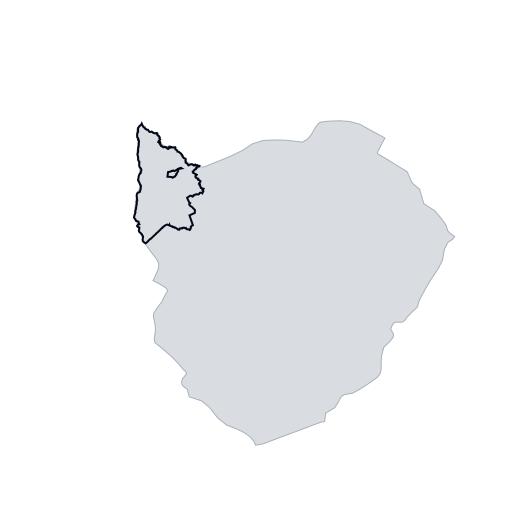 Hwange, Matabeleland North, Zimbabwe (highlighted), rotated 29°
{"feature_id": "62879985B77670672881921", "entity_name": "Hwange", "entity_type": "district", "adm_level": 2, "iso_a3": "ZWE", "parent_name": "Zimbabwe", "parent_adm1": "Matabeleland North", "projection": "robinson", "projection_center": [26.512, -18.839], "detail": "fine", "context": "in_parent", "style": "outline", "palette": "ink", "viewbox_px": 512, "rotation_deg": 29, "n_neighbors": 0, "source": "geoboundaries", "source_scale": "gbopen_adm2", "svg_char_len": 8036}
<svg xmlns="http://www.w3.org/2000/svg" viewBox="0 0 512 512"><g transform="rotate(29 256 256)"><path d="M347.4,421.7L343.6,418.9L338.4,417.0L331.7,416.2L323.1,416.6L312.4,418.1L301.0,416.2L288.8,411.0L278.7,409.1L266.6,411.4L266.1,411.5L264.0,409.7L260.7,405.9L255.2,405.2L253.7,404.3L252.4,402.9L251.6,401.0L251.3,399.0L252.3,392.7L251.8,392.0L250.3,391.2L247.3,390.5L240.0,387.6L230.9,384.9L216.0,381.8L210.2,381.0L208.9,380.1L207.2,377.8L204.4,370.5L201.7,365.8L195.4,358.4L194.3,356.1L194.7,350.2L195.2,345.5L195.9,341.5L195.5,337.7L195.5,333.1L195.7,329.9L194.8,328.6L192.5,327.6L185.9,327.2L177.9,327.4L177.6,322.6L176.9,315.3L175.4,311.1L173.5,308.9L169.9,306.6L162.4,303.4L152.3,298.7L143.6,291.6L133.7,282.8L130.6,281.3L126.9,273.0L121.3,258.9L121.7,254.2L120.8,251.9L115.4,244.9L114.2,241.3L113.2,237.7L104.6,227.5L101.6,223.1L99.4,217.4L97.1,212.8L95.2,211.0L92.8,207.9L91.0,204.4L90.3,201.7L90.9,198.2L91.7,195.8L100.0,198.3L104.5,198.5L108.0,197.3L112.3,198.9L117.5,203.5L123.2,204.4L129.3,201.5L137.6,202.4L148.0,207.0L156.6,207.9L166.9,203.8L176.1,192.6L184.8,181.9L193.3,169.7L198.4,159.8L205.9,151.8L215.8,145.6L225.9,140.3L241.4,133.9L244.5,128.6L245.5,122.8L245.6,114.8L246.4,109.6L248.0,107.2L250.6,105.4L253.9,103.0L264.1,96.9L272.6,93.0L283.0,90.4L294.4,90.4L305.3,90.4L311.6,90.3L311.6,98.1L312.0,106.8L313.2,107.6L321.5,107.8L334.7,108.4L347.4,109.0L355.5,115.3L358.2,116.6L366.7,118.3L377.4,128.9L390.4,129.8L399.2,133.1L407.1,136.7L411.6,141.1L414.5,142.0L418.5,142.4L420.4,142.8L419.9,145.9L417.2,151.1L417.5,158.7L421.1,169.2L421.5,178.3L420.2,194.4L420.1,209.9L420.4,215.5L421.0,219.2L421.7,221.2L421.6,223.5L419.4,230.0L417.6,236.9L417.5,239.7L416.8,241.6L415.5,243.3L409.8,246.5L408.8,248.4L408.8,252.0L409.5,255.0L411.6,256.1L414.2,257.8L415.2,260.0L415.1,262.4L414.3,266.7L412.0,274.0L414.2,282.3L416.6,287.6L420.1,293.9L421.5,297.7L421.4,300.5L420.9,303.2L415.5,314.6L411.7,321.6L407.0,329.2L400.8,334.0L399.3,336.3L398.6,338.9L398.8,344.5L398.4,350.5L393.1,359.6L396.3,367.5L395.6,368.2L393.8,369.3L386.2,378.2L378.6,387.2L373.0,393.7L366.6,401.1L359.5,409.5L353.5,416.6L347.4,421.7Z" fill="#d9dde1" stroke="#a8b0b8" stroke-width="1"/><path d="M162.8,204.6L161.6,205.2L161.3,205.2L160.8,205.0L160.4,205.4L160.1,205.5L158.8,205.4L158.6,205.8L158.8,206.2L158.8,206.3L158.6,206.4L157.7,206.3L157.6,206.9L157.5,207.0L156.2,206.7L155.3,206.8L154.6,207.3L154.1,208.1L153.3,208.7L153.0,209.1L153.1,209.4L153.0,209.5L152.2,209.2L151.2,208.5L149.4,208.5L148.9,208.2L149.1,207.7L148.6,207.0L147.9,206.6L147.7,205.5L147.3,205.1L146.5,205.1L145.3,205.3L144.7,205.0L144.1,204.9L143.5,204.1L143.2,204.0L142.9,204.1L142.5,203.5L142.1,203.6L141.6,203.4L141.1,202.8L140.7,202.7L139.6,202.7L138.3,202.3L137.5,202.6L136.9,202.5L136.6,202.7L135.9,201.9L135.6,201.8L133.9,201.8L133.0,200.8L133.1,200.4L132.7,200.0L131.4,200.8L130.8,201.3L130.3,201.4L129.9,201.8L129.4,201.7L129.2,202.0L128.8,201.8L128.0,202.2L127.7,202.1L127.4,202.5L127.2,202.5L127.3,203.1L127.8,203.2L128.0,203.3L127.5,203.8L127.5,204.2L127.4,204.5L127.4,204.8L127.1,205.0L126.6,204.7L126.3,204.9L125.6,204.8L125.2,204.4L124.8,204.8L123.9,204.6L123.6,204.7L123.1,204.8L122.4,205.8L122.1,205.9L121.6,205.8L121.4,205.9L120.8,205.6L119.8,205.8L119.6,205.3L118.7,205.0L118.4,205.1L118.1,204.7L117.6,204.6L117.4,204.1L117.5,203.5L117.0,203.4L116.8,203.0L116.4,203.3L116.1,203.9L115.4,204.3L115.3,204.6L115.2,202.2L115.6,201.4L115.7,200.5L115.1,200.3L114.5,199.8L114.4,199.0L113.8,198.7L113.4,198.3L113.1,198.2L112.6,198.4L112.0,198.0L110.7,197.8L110.5,197.3L110.5,196.8L110.2,196.5L109.9,196.5L109.3,196.7L108.2,197.7L107.1,198.0L106.6,197.9L105.9,198.1L105.5,197.8L104.3,197.8L103.3,198.9L102.7,199.1L102.0,198.9L101.2,198.4L100.2,198.0L99.1,198.6L98.6,198.3L97.6,198.5L96.9,198.1L96.4,197.6L95.6,197.9L93.9,197.2L91.9,195.6L92.0,196.9L91.3,198.3L90.9,199.7L91.0,200.8L90.8,201.3L90.9,201.5L91.5,202.8L91.8,203.1L92.0,203.3L92.2,203.5L92.8,205.2L92.7,206.1L93.4,207.9L94.2,208.9L94.4,209.6L94.9,209.8L96.2,210.4L96.3,210.6L96.3,211.2L96.4,211.4L96.7,211.6L97.3,211.6L97.6,211.8L98.6,213.5L98.8,214.0L98.9,214.4L99.7,215.8L99.7,216.3L99.8,216.5L100.2,216.9L100.5,218.1L100.4,218.5L101.0,219.4L101.7,221.1L102.1,221.3L102.8,223.5L102.8,224.0L103.0,224.5L105.3,227.1L105.6,227.7L106.5,229.2L107.2,229.7L108.1,230.0L108.4,230.2L108.6,231.0L109.1,231.6L109.5,232.6L110.2,233.8L111.4,234.8L112.0,234.9L113.1,235.4L114.1,236.4L114.3,236.9L114.5,238.3L114.8,239.1L115.0,239.4L114.5,240.0L114.6,240.5L114.5,241.1L114.7,242.7L115.2,244.5L115.7,245.3L115.9,246.0L115.8,246.4L116.0,246.8L116.5,247.2L116.9,247.3L117.2,247.7L117.6,247.7L118.0,248.0L118.9,248.8L120.2,249.8L120.8,249.9L121.0,250.1L121.3,250.4L122.0,251.8L122.2,252.4L122.8,253.8L123.3,256.4L122.0,257.9L121.8,258.8L121.9,259.8L122.0,260.1L122.4,261.2L123.2,262.2L125.2,265.1L125.3,265.3L125.3,266.5L125.8,267.1L126.1,267.6L126.5,268.1L126.7,269.4L127.3,270.7L127.6,271.8L128.1,272.6L128.8,275.7L129.5,276.3L129.5,276.8L129.7,277.7L130.0,279.4L130.2,279.7L130.3,280.4L130.6,281.4L131.8,282.2L132.2,282.3L132.6,282.3L133.8,283.4L136.7,283.0L137.3,283.9L137.7,284.3L138.6,284.8L137.9,285.7L137.4,286.7L137.4,287.4L137.8,287.5L138.4,287.9L140.1,287.6L140.3,288.3L140.7,288.7L141.1,290.4L141.8,291.2L142.7,291.7L144.4,291.9L144.7,292.0L145.2,292.4L145.8,292.4L146.3,292.9L147.1,293.2L147.8,293.8L148.1,294.4L148.7,296.3L149.7,297.8L151.7,298.4L153.2,298.4L154.0,296.9L155.1,292.6L155.7,291.8L156.5,289.1L156.9,287.8L157.7,285.5L157.8,284.6L158.5,282.9L159.5,279.6L159.5,279.4L160.2,277.1L160.5,276.8L160.4,276.2L160.6,276.0L160.6,275.8L161.0,275.2L161.2,274.6L161.2,274.3L161.5,273.6L162.8,272.0L163.0,271.6L163.4,271.4L164.3,271.4L164.5,271.3L165.0,271.4L165.7,271.2L165.6,270.9L166.0,271.2L166.4,271.2L168.6,270.7L168.8,270.9L168.9,270.7L169.2,270.8L169.8,270.8L170.3,270.5L170.6,270.6L170.8,270.4L171.4,270.6L171.7,270.3L173.7,270.4L174.7,270.7L175.0,270.5L175.6,270.5L176.0,270.3L175.8,270.0L176.0,269.7L175.9,269.3L176.4,268.8L176.3,268.7L177.4,267.8L177.9,267.8L177.9,267.2L178.8,266.4L179.0,266.3L179.1,266.5L179.8,266.0L180.5,266.0L180.9,266.1L181.2,265.9L181.3,265.5L182.0,265.9L182.6,266.1L183.0,266.0L183.8,265.4L184.7,265.3L185.3,265.5L185.4,265.4L185.3,264.8L185.6,264.6L185.6,264.2L185.4,263.8L185.4,263.2L185.2,262.5L184.9,262.3L184.9,262.0L185.1,261.3L185.0,261.1L185.0,260.9L185.9,259.7L178.1,252.7L181.6,248.0L180.3,245.4L176.4,244.2L173.8,244.0L172.5,243.2L172.7,241.7L172.0,241.8L167.5,238.5L169.2,235.2L170.4,234.7L170.9,234.8L171.1,234.6L171.2,234.8L171.8,234.8L172.0,234.3L171.8,233.9L171.8,233.5L172.0,233.3L172.3,233.2L172.3,232.7L172.7,232.4L173.1,231.7L173.6,231.4L173.7,231.0L174.0,230.8L175.1,230.4L175.5,230.3L176.1,229.6L176.2,228.0L176.8,227.5L177.8,227.1L178.7,227.2L178.5,225.9L178.6,224.9L178.5,224.7L177.8,224.6L177.2,224.3L177.5,223.7L177.5,222.6L176.7,222.8L176.5,223.0L176.3,222.9L175.9,223.0L174.7,223.2L174.4,222.9L174.1,222.3L173.3,221.9L173.1,221.7L172.7,221.7L172.3,220.6L171.6,220.6L171.1,220.6L171.0,219.8L171.3,219.4L171.2,218.8L171.4,218.0L171.1,217.4L170.7,217.4L169.6,217.2L169.2,217.3L168.7,217.2L168.5,217.3L168.3,216.9L167.9,216.9L167.8,216.4L166.9,216.6L166.0,216.5L165.5,216.6L165.4,216.3L164.5,216.0L164.2,215.0L164.8,214.2L164.8,213.6L160.4,213.7L160.2,213.2L159.8,213.0L159.7,212.8L160.2,212.1L160.3,211.7L160.2,211.1L160.4,210.7L160.4,210.2L160.5,209.9L161.2,209.5L161.3,209.3L161.3,209.0L161.2,208.7L161.3,208.1L161.1,207.9L161.4,207.6L161.2,207.4L161.2,206.8L161.0,206.3L162.0,205.9L162.3,205.7L162.7,205.6L162.9,205.0L162.8,204.6ZM145.4,218.1L145.3,217.8L147.1,215.8L147.7,215.2L148.2,215.4L148.5,215.4L147.5,216.2L146.1,217.9L146.1,218.7L146.7,219.5L146.7,222.6L146.5,222.8L146.7,223.1L146.7,223.4L146.9,223.6L146.5,225.7L146.2,226.0L146.3,226.2L146.1,226.4L145.8,226.6L145.7,227.1L145.4,227.5L145.1,228.0L144.9,228.0L144.7,227.7L144.0,227.8L140.1,229.6L138.4,225.2L139.8,224.1L141.2,222.6L141.0,222.4L141.5,221.9L142.1,221.7L142.3,221.3L142.5,221.2L142.7,221.3L143.6,221.3L145.4,218.1Z" fill="none" stroke="#020617" stroke-width="2"/></g></svg>